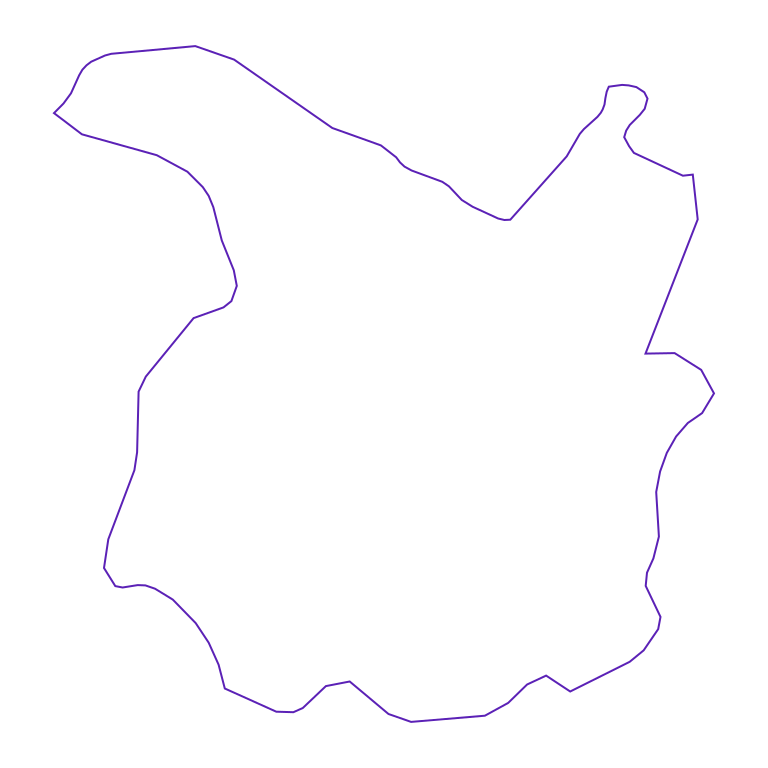 Pistoia, Natural Earth projection
{"feature_id": "ITA-5384", "entity_name": "Pistoia", "entity_type": "Province", "adm_level": 1, "iso_a3": "ITA", "parent_name": "Italy", "parent_adm1": "", "projection": "natural_earth1", "projection_center": [10.855, 43.979], "detail": "fine", "context": "isolated", "style": "outline", "palette": "violet", "viewbox_px": 768, "rotation_deg": 0, "n_neighbors": 0, "source": "natural_earth", "source_scale": "10m", "svg_char_len": 1410}
<svg xmlns="http://www.w3.org/2000/svg" viewBox="0 0 768 768"><path d="M122.6,587.5L115.3,586.1L104.0,568.0L108.3,539.3L134.4,470.2L137.1,452.3L138.6,391.6L145.8,376.6L193.6,318.1L223.5,307.4L231.4,301.1L236.8,285.9L233.8,270.3L221.8,240.5L213.3,207.1L208.7,195.9L202.8,187.1L187.4,171.7L156.8,155.2L81.9,134.3L54.0,113.1L63.5,103.5L71.0,93.3L79.2,75.2L82.4,69.7L86.5,65.3L91.2,61.7L105.0,55.5L111.3,53.8L195.3,46.1L234.1,59.6L332.3,128.0L353.6,135.6L380.9,145.4L396.2,157.3L400.0,162.4L404.5,166.6L411.6,170.5L442.3,181.8L448.9,186.3L461.8,200.0L472.7,206.8L498.1,218.5L504.4,220.0L510.3,219.7L566.7,156.4L579.8,133.9L583.9,129.1L597.5,116.8L600.8,112.8L602.7,109.4L604.5,104.5L605.4,98.1L606.7,91.7L608.8,86.7L622.1,84.9L628.7,85.4L636.4,87.1L644.3,92.3L647.5,98.6L644.7,108.8L639.8,114.9L629.8,124.9L626.2,130.6L624.2,137.2L629.1,146.2L633.9,152.9L682.9,175.7L692.8,174.6L697.7,219.4L645.5,353.6L674.6,353.1L701.2,369.9L714.0,393.4L702.1,413.1L687.8,423.0L676.1,436.5L666.8,452.9L660.1,471.5L656.2,492.0L658.9,536.6L653.4,558.4L647.0,572.7L645.7,585.9L660.5,616.9L658.2,629.1L643.7,650.3L629.7,661.8L570.2,691.5L546.1,675.6L527.1,684.5L508.2,702.9L484.9,715.7L411.1,721.9L388.5,714.0L349.7,681.5L325.9,686.1L302.8,708.0L293.4,712.2L276.3,711.7L224.8,688.5L218.6,664.7L208.7,642.7L195.7,623.1L172.8,599.6L155.0,588.7L145.4,585.4L137.7,585.1L122.6,587.5Z" fill="none" stroke="#5b21b6" stroke-width="2"/></svg>